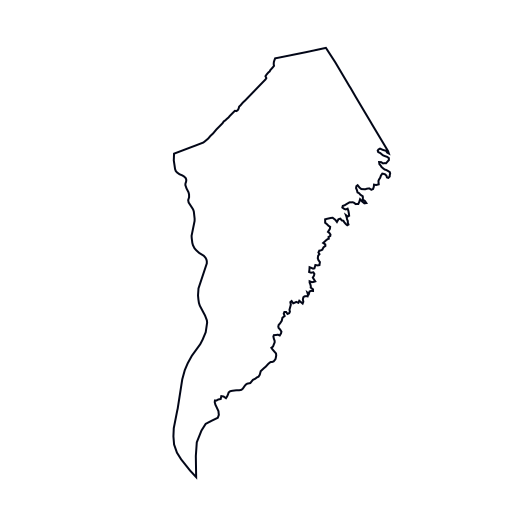 Nova Olinda do Maranhão, Maranhão, Brazil, rotated 330°
{"feature_id": "56859067B29640445258953", "entity_name": "Nova Olinda do Maranhão", "entity_type": "district", "adm_level": 2, "iso_a3": "BRA", "parent_name": "Brazil", "parent_adm1": "Maranhão", "projection": "robinson", "projection_center": [-45.942, -2.948], "detail": "fine", "context": "isolated", "style": "outline", "palette": "ink", "viewbox_px": 512, "rotation_deg": 330, "n_neighbors": 0, "source": "geoboundaries", "source_scale": "gbopen_adm2", "svg_char_len": 4655}
<svg xmlns="http://www.w3.org/2000/svg" viewBox="0 0 512 512"><g transform="rotate(330 256 256)"><path d="M422.3,233.6L422.8,231.1L422.3,199.9L422.3,197.6L422.1,184.1L421.9,168.0L421.9,157.4L421.8,155.9L421.5,127.9L420.6,110.7L401.0,104.4L371.4,94.4L369.8,95.7L368.5,96.9L367.3,98.6L366.7,100.3L365.2,100.9L361.3,102.2L360.1,103.0L358.6,103.2L356.0,104.1L354.1,105.0L353.9,107.1L352.6,107.8L345.9,109.7L324.3,115.9L322.4,116.3L320.9,116.7L317.9,117.8L316.1,118.2L314.5,119.8L313.0,120.6L311.5,120.7L310.3,119.7L303.3,121.6L301.5,122.3L299.2,122.7L297.2,123.2L295.4,123.3L293.4,124.3L287.2,126.0L285.0,126.6L280.1,128.4L276.6,129.2L273.3,130.4L268.7,131.2L267.1,131.4L260.8,130.4L258.8,130.1L254.7,129.4L236.2,126.4L232.6,132.1L229.4,140.2L229.0,142.3L229.4,144.2L230.6,146.9L232.5,149.4L233.5,151.3L234.1,153.6L233.6,155.4L232.5,156.8L231.2,157.9L230.3,159.2L229.6,162.8L229.4,167.1L228.8,169.2L227.4,171.7L225.2,173.7L224.4,176.0L224.8,183.4L224.7,185.0L224.3,186.6L221.5,193.0L220.3,195.0L210.3,206.3L209.3,208.3L207.4,212.8L206.8,215.1L206.6,218.6L207.1,221.1L208.3,224.9L210.9,229.7L211.4,232.3L211.3,234.2L210.8,235.9L209.7,237.8L190.0,255.3L186.1,261.1L184.4,264.8L183.1,268.1L182.5,270.9L182.1,282.1L181.3,287.1L180.4,289.2L177.8,292.5L174.3,296.9L168.0,301.7L163.6,304.5L150.6,310.3L143.3,314.7L137.3,319.2L130.5,325.9L111.8,349.1L110.4,350.6L98.7,364.0L94.3,370.9L90.8,378.3L89.2,386.8L89.5,394.8L91.6,408.8L93.6,417.6L103.9,399.1L111.6,387.7L121.5,379.9L128.5,376.2L135.3,376.5L142.0,377.0L144.4,375.0L145.1,373.3L145.9,371.6L146.3,367.1L146.5,364.4L147.2,361.9L148.2,360.6L149.4,361.4L151.6,361.4L153.9,362.2L155.9,360.0L157.7,361.5L158.9,364.1L160.7,363.2L162.4,362.0L164.1,360.5L166.0,360.2L167.9,360.8L171.5,362.3L174.6,364.0L176.5,364.6L178.2,364.3L181.6,362.7L183.3,362.2L184.7,362.2L187.5,363.2L189.3,362.5L191.4,361.7L194.0,361.9L196.2,361.6L197.8,361.8L199.9,360.7L202.5,358.1L206.8,357.1L209.1,356.7L212.9,355.5L215.5,355.1L217.2,355.9L218.6,356.1L221.2,355.1L222.3,354.0L223.8,352.2L224.6,350.4L224.1,347.9L223.6,345.3L223.4,343.2L225.5,342.9L227.3,341.4L228.9,340.2L229.7,338.9L230.1,336.6L230.8,334.4L231.9,333.5L234.0,334.5L235.6,335.1L236.8,336.7L239.0,335.5L240.2,334.2L240.1,331.5L239.6,329.7L240.0,328.3L241.2,327.0L243.1,326.4L244.7,325.6L245.9,325.0L248.0,322.7L249.3,322.5L250.8,322.3L251.2,319.8L252.6,318.7L254.1,319.6L254.3,321.9L256.2,322.1L257.5,321.2L258.1,319.3L261.8,315.6L262.7,313.1L264.3,312.8L264.6,315.6L266.3,315.8L267.9,315.9L269.3,317.7L271.1,316.4L272.1,319.1L272.6,320.5L274.1,319.3L274.9,317.0L276.4,315.4L277.8,315.2L279.5,315.9L280.5,316.8L281.6,315.8L282.2,313.4L282.9,315.2L284.6,313.5L286.3,313.7L287.9,314.8L288.7,313.4L287.6,310.7L288.4,309.5L288.9,307.6L289.1,305.9L289.8,304.7L291.3,306.6L292.8,307.2L294.6,307.6L294.5,305.4L294.4,303.1L296.4,302.0L297.6,300.7L297.5,298.8L295.3,298.0L294.0,296.4L295.4,294.6L296.8,292.5L298.0,294.0L299.1,295.5L300.4,295.9L301.6,294.8L302.9,293.5L304.7,295.0L306.4,295.6L308.3,293.2L308.0,290.9L308.4,288.8L310.0,286.8L311.9,286.1L311.8,284.2L313.5,283.0L314.6,283.5L316.6,283.7L317.7,282.9L318.9,282.2L321.1,282.0L321.8,280.6L320.7,278.3L322.6,277.9L324.7,277.4L326.4,277.2L327.7,277.4L328.3,275.8L330.3,275.8L331.2,274.7L331.1,272.9L330.4,271.1L331.5,270.5L333.6,269.4L334.8,267.8L333.9,266.1L333.3,263.8L332.5,261.8L333.5,260.1L334.2,258.8L336.1,259.3L339.9,260.5L341.5,261.2L342.8,264.4L343.1,267.0L345.8,265.4L347.7,265.8L348.1,268.1L349.3,269.2L349.3,270.9L349.8,273.4L350.4,275.0L351.8,275.0L352.2,273.0L353.0,271.6L353.2,269.7L353.9,267.7L354.3,265.6L355.2,267.7L356.8,267.7L357.7,265.6L358.6,263.0L359.0,260.8L357.1,260.6L356.0,259.4L355.0,257.2L356.2,256.0L358.2,256.4L360.3,256.3L362.1,256.3L363.9,256.3L366.7,257.9L367.7,259.2L368.2,260.8L370.6,262.1L372.7,260.6L374.5,258.9L375.2,262.0L376.2,264.6L378.0,265.3L377.8,262.8L376.7,260.5L377.7,259.0L378.3,257.6L377.0,255.0L376.7,253.2L375.7,251.7L376.3,249.6L376.6,247.2L377.9,245.7L379.4,245.5L379.9,248.7L380.7,250.7L383.9,252.8L385.8,253.2L387.9,254.1L389.0,256.3L390.9,256.5L392.6,255.0L393.9,253.2L395.5,254.6L398.1,255.3L398.9,253.6L399.5,252.3L400.7,251.3L402.7,250.3L404.4,248.8L406.6,247.8L407.7,248.8L408.6,249.8L409.1,251.6L408.7,253.4L409.6,254.5L411.5,254.0L412.4,252.7L413.5,251.5L413.8,250.2L412.9,248.5L411.8,246.6L410.7,245.5L410.0,243.9L409.2,241.6L409.2,240.1L408.8,238.2L409.6,236.2L411.3,237.3L412.3,239.3L413.8,239.9L415.0,240.7L417.6,239.8L419.0,239.4L420.0,237.7L419.2,235.8L417.3,233.6L416.2,232.1L415.1,229.0L413.8,227.1L414.1,225.6L415.3,225.0L417.1,225.0L418.8,227.4L420.0,228.7L421.2,229.7L421.3,232.0L422.3,233.6Z" fill="none" stroke="#020617" stroke-width="2"/></g></svg>